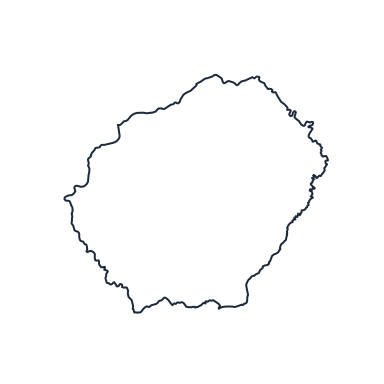 outline of Taminango, Nariño, Colombia, rotated 30°
{"feature_id": "7082276B60716782034360", "entity_name": "Taminango", "entity_type": "district", "adm_level": 2, "iso_a3": "COL", "parent_name": "Colombia", "parent_adm1": "Nariño", "projection": "albers", "projection_center": [-77.317, 1.591], "detail": "fine", "context": "isolated", "style": "outline", "palette": "slate", "viewbox_px": 384, "rotation_deg": 30, "n_neighbors": 0, "source": "geoboundaries", "source_scale": "gbopen_adm2", "svg_char_len": 5982}
<svg xmlns="http://www.w3.org/2000/svg" viewBox="0 0 384 384"><g transform="rotate(30 192 192)"><path d="M190.5,59.6L189.9,60.5L189.3,62.3L186.8,62.5L182.4,68.8L179.6,71.4L178.6,74.1L178.3,76.0L177.4,77.0L176.2,77.0L174.8,76.5L173.3,76.4L168.7,77.4L167.7,78.0L165.8,81.5L165.3,81.8L163.9,81.5L161.1,79.0L160.5,78.7L154.8,78.4L153.2,79.1L151.9,81.7L149.2,84.9L146.5,87.5L144.2,92.5L142.6,94.6L142.3,95.6L141.8,96.3L142.4,97.3L142.4,98.0L140.7,103.3L140.6,104.2L136.9,109.9L135.9,112.4L135.8,118.0L136.3,119.8L135.9,121.8L135.1,122.5L133.3,122.5L132.8,122.7L132.2,123.8L132.0,125.2L129.9,127.2L126.8,133.5L125.8,134.5L123.8,134.8L121.6,136.2L120.9,137.3L120.3,140.4L118.4,142.7L113.8,146.2L112.2,147.0L110.3,147.6L105.1,150.8L102.8,153.1L101.6,155.4L101.0,157.2L100.3,161.7L99.2,163.7L97.7,164.8L96.6,169.2L95.9,170.1L94.5,171.0L101.4,179.7L102.0,181.9L101.5,185.2L100.3,187.4L98.6,189.3L92.7,194.9L90.2,196.4L89.6,198.0L89.8,198.9L89.3,199.7L88.2,200.8L87.0,201.5L86.4,202.4L86.5,204.8L85.8,207.8L85.9,209.9L86.5,211.2L86.5,212.2L85.6,214.6L85.7,216.0L88.3,218.8L88.9,221.2L90.5,222.2L92.0,223.8L93.5,227.3L93.7,228.5L96.8,235.1L96.8,238.0L95.8,240.8L94.0,242.5L93.3,243.0L89.2,244.1L88.2,244.9L87.8,246.1L87.9,246.9L88.7,247.9L90.6,249.7L90.4,252.3L89.5,254.7L87.1,256.5L85.6,258.2L84.8,259.6L84.6,260.8L85.1,261.9L86.5,262.5L87.2,262.5L89.7,261.3L90.4,261.2L91.6,261.8L94.2,264.1L95.9,265.0L97.8,267.5L98.5,269.5L98.7,271.0L100.6,273.0L101.1,274.6L102.5,277.1L103.0,278.8L103.7,279.6L105.9,280.5L109.3,283.8L110.3,284.0L113.3,283.5L114.7,284.1L115.2,284.6L116.9,287.4L118.4,289.1L119.4,289.8L121.0,289.9L122.5,289.4L125.1,290.8L126.8,290.4L128.4,292.0L130.0,294.2L130.2,295.7L130.5,296.3L131.6,296.2L132.6,294.6L134.2,293.4L136.8,293.4L138.1,293.8L139.2,294.8L140.6,297.6L142.3,299.4L143.5,299.2L145.0,298.1L145.6,298.1L146.4,298.9L147.5,300.9L150.8,302.5L151.7,302.2L153.8,300.5L154.5,301.0L154.6,302.6L154.9,303.1L157.5,302.6L158.5,302.7L158.8,303.0L158.7,305.8L159.5,307.2L160.1,309.8L161.9,311.8L163.7,313.2L165.9,312.6L167.1,312.9L168.2,312.5L168.7,311.8L169.2,309.8L169.6,309.1L173.2,310.6L173.7,311.3L174.0,311.3L174.9,310.9L175.5,310.0L175.5,308.0L176.3,307.3L177.9,307.4L179.0,309.2L180.8,308.9L182.9,307.4L183.5,307.5L186.2,309.6L186.8,311.5L189.5,314.6L193.8,315.8L198.2,320.4L199.0,322.6L199.3,322.9L200.0,322.9L201.6,324.7L202.5,325.1L203.1,324.4L205.0,323.9L205.6,323.2L207.3,322.3L208.0,320.6L208.3,317.4L208.9,315.5L210.1,313.6L212.4,313.1L213.4,310.5L216.9,306.9L217.8,304.8L217.8,303.2L218.2,302.5L219.7,301.2L220.2,299.9L220.4,298.3L221.0,297.2L221.9,296.9L224.0,297.0L226.2,297.6L229.6,299.2L231.6,299.7L232.4,297.3L233.9,297.0L234.4,295.2L235.2,294.6L236.5,294.3L238.3,292.5L240.1,292.3L243.1,293.5L243.9,294.2L246.3,293.7L248.4,292.4L249.1,292.2L250.2,291.0L251.5,290.2L252.1,290.0L252.7,290.4L253.7,289.2L254.6,288.6L255.2,287.3L256.4,285.7L257.3,282.5L257.7,282.0L259.0,281.9L259.4,281.7L259.3,281.3L258.7,280.6L258.6,279.9L259.2,279.4L260.5,279.1L261.6,276.8L263.1,276.5L264.5,275.1L270.9,275.5L273.0,276.4L273.2,277.2L273.2,279.1L273.3,279.4L273.7,279.5L274.3,278.1L275.4,276.8L278.7,274.2L284.3,271.0L286.3,270.4L288.5,268.2L291.4,264.7L292.5,264.6L292.8,263.3L294.5,261.0L294.6,260.3L294.2,258.8L292.6,255.7L291.8,252.8L287.1,247.6L285.2,245.1L284.8,241.9L284.9,239.1L285.6,238.0L285.6,236.2L286.0,235.2L286.9,233.9L287.8,233.4L288.4,231.5L290.4,228.6L290.0,225.8L291.2,222.6L291.0,221.8L290.6,221.5L290.6,220.8L291.9,219.1L293.0,218.3L294.2,217.0L294.1,216.4L294.6,215.6L293.7,214.0L294.2,212.8L293.3,207.5L294.2,204.9L295.0,204.2L296.6,201.7L296.9,200.2L296.6,199.2L297.0,198.0L297.0,197.2L296.3,196.8L295.7,195.0L295.4,192.6L296.4,190.0L296.6,188.5L297.1,187.4L297.2,186.1L296.5,184.5L295.8,181.5L295.0,180.9L294.9,179.8L294.0,178.7L293.4,176.1L292.3,175.5L292.1,172.0L292.8,169.3L294.1,167.9L294.1,167.6L293.4,167.0L293.7,166.3L293.7,165.0L295.2,164.1L295.1,163.9L293.8,163.5L293.5,163.0L294.3,162.1L294.1,161.2L295.6,160.9L295.6,160.3L295.1,159.3L295.3,158.7L294.9,157.8L295.5,157.7L296.2,158.3L296.9,158.2L297.0,157.0L296.5,156.5L297.0,155.7L297.0,155.0L296.2,153.1L297.2,152.5L298.6,150.7L298.7,148.6L299.2,147.5L298.8,146.1L299.4,145.1L299.3,144.5L297.9,143.3L298.3,142.1L298.0,141.1L298.0,139.8L298.4,138.3L299.4,136.6L299.3,136.3L298.8,136.2L297.2,136.3L297.2,135.9L297.6,135.8L297.2,134.9L297.4,133.6L296.1,132.2L295.4,131.9L293.3,131.9L293.1,131.7L293.2,130.5L294.3,130.4L294.7,130.2L294.6,128.4L294.9,128.2L296.1,128.2L296.4,127.8L296.4,127.4L296.0,127.1L293.7,126.8L291.1,126.0L290.7,125.3L291.5,123.5L291.4,122.9L290.8,122.3L291.2,119.9L289.5,120.0L289.1,119.8L290.2,117.8L289.9,117.4L288.8,117.0L289.0,116.4L289.8,116.3L291.5,116.7L292.7,117.5L293.1,117.5L294.0,114.5L294.4,114.0L295.5,113.8L295.6,111.6L296.0,110.0L296.1,108.1L296.0,106.8L294.6,105.2L294.9,104.1L295.1,100.7L294.8,100.4L293.5,100.5L292.1,98.6L292.3,97.9L293.8,96.9L293.8,96.4L292.7,95.3L290.3,93.8L289.7,94.0L287.8,95.8L287.3,95.5L286.1,95.7L285.1,94.4L283.9,93.8L283.7,91.8L282.5,91.0L282.4,88.7L281.8,88.4L280.4,88.1L280.0,87.6L279.2,87.3L279.2,86.8L276.3,87.3L274.1,85.7L273.5,85.6L273.0,86.0L271.8,87.8L271.3,88.0L270.1,87.1L268.4,86.2L266.5,86.3L265.5,85.9L264.8,84.8L264.5,82.4L264.8,77.0L264.6,76.8L263.4,76.7L262.2,76.8L260.7,77.5L260.2,77.3L260.7,76.0L262.6,73.9L262.7,73.5L262.5,72.0L261.7,71.1L260.7,71.3L259.3,72.8L257.0,73.3L256.2,73.8L256.0,75.6L256.4,77.9L256.1,78.5L255.4,79.0L253.0,79.0L249.2,77.1L245.5,76.6L243.6,76.0L243.1,75.4L242.2,71.3L241.7,70.8L241.2,70.6L240.3,70.9L239.8,72.2L239.8,73.1L240.5,75.0L240.3,76.1L239.5,76.9L238.6,76.9L237.7,76.5L237.2,75.7L237.0,72.5L236.6,72.0L235.5,71.9L233.7,73.1L233.3,73.2L232.7,71.6L232.1,71.0L228.1,69.8L223.9,69.3L217.4,65.8L215.1,64.1L214.3,63.9L212.3,65.2L211.3,65.2L210.9,64.9L210.7,63.6L209.2,63.2L207.7,63.7L206.6,64.7L206.1,64.8L202.3,63.2L200.3,61.7L199.6,61.6L197.2,62.1L194.7,61.9L193.5,60.8L193.1,59.2L192.7,58.9L191.7,59.0L190.5,59.6Z" fill="none" stroke="#1e293b" stroke-width="2"/></g></svg>